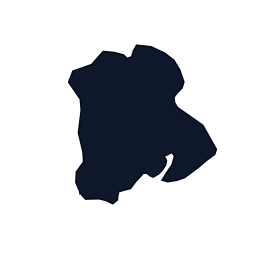 the border of Ulsan, rotated 46°
{"feature_id": "KOR-2508", "entity_name": "Ulsan", "entity_type": "Metropolitan City", "adm_level": 1, "iso_a3": "KOR", "parent_name": "South Korea", "parent_adm1": "", "projection": "equal_earth", "projection_center": [129.283, 35.499], "detail": "fine", "context": "isolated", "style": "filled", "palette": "ink", "viewbox_px": 256, "rotation_deg": 46, "n_neighbors": 0, "source": "natural_earth", "source_scale": "10m", "svg_char_len": 923}
<svg xmlns="http://www.w3.org/2000/svg" viewBox="0 0 256 256"><g transform="rotate(46 128 128)"><path d="M204.4,79.1L205.0,79.7L207.2,83.9L205.9,93.4L205.2,104.7L203.0,121.7L199.7,128.9L194.2,136.8L189.2,139.7L187.1,132.0L185.1,122.0L180.8,114.4L176.2,113.2L173.5,121.7L178.0,122.8L180.7,126.5L182.0,131.9L182.3,138.1L180.8,144.0L177.5,145.4L173.7,145.7L171.0,148.6L171.5,151.7L171.9,159.8L173.3,168.2L170.2,173.6L167.4,179.0L170.2,183.2L172.4,185.6L171.9,191.6L165.1,194.0L158.7,198.1L149.6,208.0L141.8,207.7L141.7,208.1L140.3,206.9L130.9,203.3L123.7,195.6L121.5,183.4L113.9,177.0L96.9,166.9L82.7,149.3L74.1,142.3L53.8,138.9L48.8,128.1L57.1,110.1L55.7,92.7L63.7,85.8L72.2,80.5L77.3,80.3L79.4,76.0L76.2,70.4L74.4,64.3L85.5,55.0L99.5,49.7L110.9,47.9L122.1,50.4L133.7,55.8L136.7,61.2L136.9,67.7L137.7,73.5L141.8,76.7L147.3,78.2L178.0,72.3L204.2,79.1L204.4,79.1Z" fill="#0f172a" stroke="#020617" stroke-width="1.5"/></g></svg>